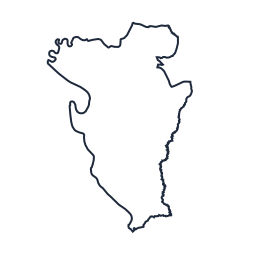 outline of Mueang Ubon Ratchathani, Ubon Ratchathani, Thailand, rotated 81°
{"feature_id": "78962969B98641080977503", "entity_name": "Mueang Ubon Ratchathani", "entity_type": "district", "adm_level": 2, "iso_a3": "THA", "parent_name": "Thailand", "parent_adm1": "Ubon Ratchathani", "projection": "albers", "projection_center": [104.866, 15.298], "detail": "fine", "context": "isolated", "style": "outline", "palette": "slate", "viewbox_px": 256, "rotation_deg": 81, "n_neighbors": 0, "source": "geoboundaries", "source_scale": "gbopen_adm2", "svg_char_len": 5736}
<svg xmlns="http://www.w3.org/2000/svg" viewBox="0 0 256 256"><g transform="rotate(81 128 128)"><path d="M177.7,101.4L177.3,102.1L176.9,101.8L175.7,102.2L174.6,101.6L174.1,102.1L174.2,102.6L172.8,102.6L172.2,101.7L171.6,101.8L171.3,101.3L170.5,101.4L170.4,101.8L168.9,101.9L168.6,102.3L168.4,102.0L168.6,101.5L168.0,101.6L167.8,101.0L167.3,100.8L167.1,100.4L166.7,100.5L166.1,99.1L165.6,99.1L165.8,98.7L165.8,97.3L165.4,97.2L165.2,96.9L165.1,96.0L165.2,95.8L165.6,96.0L165.6,95.8L164.9,95.1L164.2,95.2L163.9,94.7L164.2,93.9L164.0,93.7L163.2,94.1L162.4,93.3L162.0,93.4L161.9,93.8L161.0,93.8L159.8,93.1L159.8,92.4L159.1,92.1L158.6,92.5L157.8,91.7L157.2,92.1L157.2,92.5L156.7,92.6L156.3,92.1L156.1,92.3L155.8,92.2L155.6,92.6L155.5,92.4L155.6,92.1L155.3,91.8L154.9,92.2L153.7,91.7L153.4,92.6L152.6,93.1L152.0,93.1L151.9,92.5L151.4,92.9L151.3,92.3L150.9,92.1L151.2,91.7L150.3,91.0L149.9,91.1L149.7,90.9L149.3,91.1L148.8,90.8L148.8,90.4L148.4,90.6L148.1,90.1L148.6,90.0L148.1,89.3L147.6,89.3L147.8,88.4L147.4,87.8L147.5,86.2L146.0,86.4L145.1,85.7L144.1,86.6L143.7,86.6L143.5,85.9L143.0,85.1L142.6,85.5L142.1,85.2L141.7,85.2L141.6,85.7L141.4,85.7L141.3,85.2L140.7,84.7L140.1,84.5L140.2,83.5L139.4,83.0L139.6,82.2L138.9,82.0L138.9,81.3L138.6,81.0L138.4,80.4L137.1,79.6L136.8,79.7L136.6,79.1L136.0,79.1L135.8,79.4L135.3,79.2L135.0,78.6L134.5,78.6L134.0,78.2L132.6,78.3L131.8,78.0L131.4,77.2L130.1,76.2L129.5,76.3L129.3,76.6L128.5,76.5L127.9,75.7L125.6,76.1L125.3,76.4L124.8,76.0L124.5,76.1L124.1,75.7L123.6,75.9L122.9,75.4L121.8,75.4L121.3,75.0L120.0,74.7L119.5,74.3L118.3,74.0L118.2,73.3L116.9,72.6L116.7,71.8L115.8,70.4L115.6,69.7L114.9,69.6L114.1,68.5L113.8,68.8L112.9,67.8L112.2,67.7L111.0,66.3L108.9,66.0L108.0,65.6L107.0,64.6L106.0,62.0L105.4,61.3L104.0,60.2L101.3,59.0L99.4,59.4L97.0,59.0L94.5,59.3L92.1,59.2L91.1,64.1L91.0,66.2L93.5,74.7L94.1,77.5L94.1,78.6L91.4,79.8L87.6,80.3L77.6,83.4L75.3,85.0L74.2,86.0L73.2,87.5L72.7,89.5L70.1,88.4L70.4,86.1L71.1,84.5L70.9,83.6L67.0,86.3L65.6,87.9L62.6,88.5L62.9,86.7L63.4,85.4L64.2,84.7L64.1,83.4L63.5,82.6L63.4,82.1L63.6,80.6L64.6,78.7L64.7,77.1L64.6,75.7L63.8,73.9L63.8,72.5L63.2,72.2L61.4,69.8L56.9,67.4L52.0,65.4L46.1,64.5L45.9,64.9L45.4,64.8L44.9,65.8L43.7,66.6L43.1,67.6L42.2,67.5L41.9,67.8L41.9,68.7L41.7,69.0L41.2,69.0L40.7,69.9L40.0,69.7L38.7,70.5L37.7,70.4L37.0,70.9L36.5,70.8L35.9,71.2L35.6,71.0L35.0,71.3L35.1,72.0L33.9,72.2L33.6,71.8L33.0,72.4L33.0,75.2L32.0,78.8L32.5,84.7L31.2,88.6L30.8,91.0L31.6,91.8L31.6,92.3L30.9,94.5L27.5,99.6L26.0,104.8L24.9,106.4L25.3,107.1L27.2,107.9L36.1,114.4L38.5,117.6L38.9,119.1L39.0,120.8L39.4,121.4L42.3,122.0L44.9,122.7L45.9,123.6L46.4,124.9L45.7,128.7L44.5,131.3L44.6,132.5L45.4,134.1L45.4,134.9L41.4,138.4L36.9,140.8L36.3,141.5L35.4,143.6L35.4,149.4L35.8,153.5L35.5,154.0L33.9,154.8L34.6,156.7L34.2,158.7L33.0,160.6L30.4,163.1L30.1,163.9L30.0,165.7L30.4,167.6L30.8,168.0L35.0,170.8L36.4,170.2L37.2,170.4L38.1,171.3L38.3,172.9L37.8,173.8L36.5,174.4L35.2,174.5L32.2,174.0L31.3,174.2L30.5,175.0L30.1,175.8L30.0,176.8L30.7,178.5L31.3,179.1L33.9,180.3L34.3,180.9L34.3,181.5L33.8,182.8L32.9,183.3L32.1,183.2L30.4,182.3L29.9,182.3L29.4,183.3L29.6,184.5L30.8,185.7L31.6,186.0L32.4,186.0L34.1,185.4L36.1,183.7L37.5,183.3L38.6,183.5L42.6,185.3L43.1,186.2L42.8,187.6L42.3,188.2L40.3,189.6L39.7,191.2L39.8,192.3L40.1,193.0L40.9,193.8L41.9,194.2L43.5,194.2L44.4,193.9L45.7,192.4L47.0,189.2L48.0,188.6L49.0,188.8L50.4,190.3L50.9,191.9L50.6,193.1L49.0,194.9L48.5,196.0L50.2,197.0L51.8,197.0L63.6,187.7L71.5,180.3L74.0,177.5L80.0,168.6L83.8,164.5L86.4,162.4L87.6,161.8L89.3,161.2L91.7,160.9L93.2,161.0L95.3,162.0L99.0,163.0L100.6,163.8L104.8,167.1L105.9,168.8L106.3,170.3L106.0,172.8L105.2,174.2L104.2,175.3L102.2,176.2L100.2,176.5L96.7,176.4L94.2,177.3L93.5,177.9L93.0,179.1L93.0,180.1L93.4,180.8L94.1,181.2L96.6,181.6L96.7,182.0L97.9,182.3L106.4,182.9L112.6,183.1L115.9,182.9L118.3,182.5L121.4,181.1L122.8,179.9L124.8,176.7L126.2,173.5L127.1,172.6L128.0,172.4L130.4,172.9L134.3,173.2L138.1,172.7L142.9,171.0L149.6,166.4L151.3,166.2L154.1,166.8L158.6,168.6L159.1,169.0L159.4,169.0L161.3,170.1L161.6,170.7L162.7,171.1L166.2,171.3L167.6,171.1L169.2,170.3L172.3,167.2L174.5,166.3L177.5,166.0L180.0,165.1L181.2,164.4L183.6,162.2L190.0,158.4L193.3,155.7L202.3,149.0L207.5,143.5L211.3,140.5L213.6,139.0L215.2,138.4L216.6,138.3L218.2,138.4L219.5,138.8L221.3,140.0L223.2,141.5L223.9,142.3L223.8,142.6L225.4,143.0L226.3,142.9L227.2,142.5L228.3,141.1L231.1,139.5L229.9,137.7L228.3,138.0L227.9,137.8L227.9,137.4L229.2,135.9L228.6,134.7L228.2,133.1L228.1,128.2L227.4,127.9L226.3,128.0L224.7,126.2L223.5,125.5L222.5,122.8L221.8,122.5L219.0,119.5L219.2,118.7L219.0,118.3L219.4,117.2L220.3,116.2L219.2,115.2L219.7,113.4L219.5,112.7L219.8,112.1L219.4,111.2L218.8,110.9L219.8,109.4L219.6,106.9L220.4,106.5L220.6,104.6L221.1,104.5L221.2,103.3L220.8,100.9L221.0,99.0L220.1,98.9L220.1,99.6L219.7,100.4L219.1,100.0L218.7,99.5L218.3,99.8L217.3,99.2L216.8,99.3L216.9,99.9L216.4,99.6L215.4,99.6L215.1,100.3L213.5,100.1L213.2,100.4L211.9,99.9L211.4,100.6L210.8,100.6L210.6,101.6L209.8,101.7L209.7,102.7L209.2,103.0L208.8,104.0L208.2,104.5L206.9,105.0L206.3,105.9L205.9,105.8L205.5,105.2L204.4,104.7L203.5,105.1L203.3,105.4L202.1,105.7L200.7,104.9L200.6,103.7L199.9,103.6L199.6,103.3L198.6,104.1L198.0,104.1L197.2,102.9L197.0,103.1L197.1,103.5L196.7,103.7L196.0,102.7L195.1,101.9L194.8,101.8L194.4,102.1L193.8,101.3L193.3,101.1L192.8,101.5L192.2,101.4L191.6,101.1L191.6,100.5L191.1,100.6L191.0,100.2L190.3,100.4L190.3,101.5L189.2,102.2L188.6,102.1L188.5,101.3L188.3,101.2L186.8,101.7L185.1,101.3L184.9,102.1L184.6,102.3L184.0,102.0L183.7,102.6L183.3,102.0L181.2,101.8L181.1,102.4L180.8,102.5L180.0,102.4L178.6,101.5L177.7,101.4Z" fill="none" stroke="#1e293b" stroke-width="2"/></g></svg>